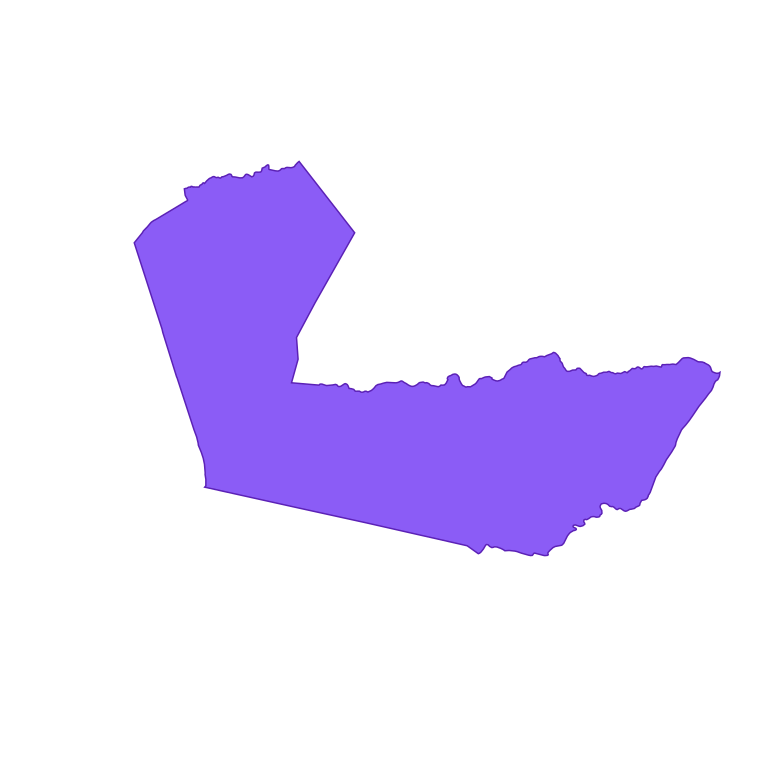 the district of Chicualacuala, Gaza, Mozambique, rotated 300°
{"feature_id": "85939544B15867606683535", "entity_name": "Chicualacuala", "entity_type": "district", "adm_level": 2, "iso_a3": "MOZ", "parent_name": "Mozambique", "parent_adm1": "Gaza", "projection": "orthographic", "projection_center": [32.034, -22.729], "detail": "fine", "context": "isolated", "style": "filled", "palette": "violet", "viewbox_px": 768, "rotation_deg": 300, "n_neighbors": 0, "source": "geoboundaries", "source_scale": "gbopen_adm2", "svg_char_len": 6144}
<svg xmlns="http://www.w3.org/2000/svg" viewBox="0 0 768 768"><g transform="rotate(300 384 384)"><path d="M534.3,199.2L532.5,198.5L528.9,197.7L527.6,197.8L526.5,197.0L525.7,196.4L524.7,195.1L523.1,191.7L522.2,190.8L520.8,190.1L519.6,188.0L519.2,187.6L517.2,187.1L515.5,185.9L514.4,183.6L512.4,177.4L512.6,176.8L514.7,175.6L515.8,174.7L515.8,174.0L515.4,173.5L513.9,172.8L512.6,172.5L510.0,170.6L507.5,171.4L506.3,171.3L505.8,171.1L505.4,170.5L504.6,169.3L503.5,167.2L502.9,166.7L502.0,166.3L500.0,166.9L498.8,166.9L497.9,166.4L497.3,165.8L497.4,161.7L497.1,160.4L496.8,159.9L496.1,159.4L493.6,159.1L491.9,158.4L490.4,156.1L488.9,151.7L487.7,149.2L487.7,148.6L488.4,147.9L489.0,146.7L488.7,145.4L487.8,144.4L485.9,143.3L483.1,141.1L482.5,140.1L480.9,139.6L480.5,139.3L480.2,138.5L480.1,136.9L479.3,136.2L478.9,135.6L478.8,135.2L478.7,133.3L478.2,132.4L477.3,131.7L476.3,131.3L475.1,130.3L474.4,129.9L471.3,128.9L468.0,128.3L468.0,127.2L467.6,126.7L465.5,126.3L464.5,125.5L463.9,125.3L462.1,125.3L459.9,121.6L459.7,120.8L459.1,120.3L459.1,118.9L458.9,118.4L458.5,118.0L457.8,118.1L457.4,117.2L456.6,116.2L454.9,115.4L454.4,114.6L453.2,113.5L448.2,117.3L447.7,117.9L445.2,121.9L445.0,122.0L444.2,121.9L442.8,121.0L412.0,103.9L410.5,102.9L407.8,101.6L406.0,101.2L401.8,100.5L396.4,99.1L394.1,99.1L381.4,97.1L320.6,164.3L317.9,166.8L286.5,200.8L285.9,201.7L249.5,242.2L244.4,248.3L240.0,252.5L238.1,253.9L233.5,259.9L229.3,264.6L224.8,268.6L217.6,273.6L216.2,274.3L212.2,277.5L206.8,280.6L205.0,280.3L234.0,372.3L255.0,438.4L285.5,536.9L284.2,550.5L285.3,551.4L286.9,552.0L290.9,552.6L295.3,552.6L296.3,553.1L296.8,554.6L296.2,556.6L296.2,559.0L296.9,560.0L298.4,561.3L299.3,563.3L300.0,567.2L300.2,570.2L300.0,572.0L302.4,575.6L304.7,580.8L305.4,583.1L306.2,587.5L308.0,594.6L308.7,596.7L309.8,598.2L312.1,598.4L312.5,598.6L312.9,599.1L315.4,608.1L315.8,609.1L317.3,611.2L318.2,611.6L319.4,610.5L320.2,610.3L322.9,610.9L326.7,612.1L328.9,613.5L333.1,618.4L333.6,618.7L335.8,619.3L344.1,618.8L347.1,619.2L348.6,619.6L352.1,621.6L352.5,622.4L354.0,623.3L354.5,623.1L354.9,622.4L354.9,621.3L354.7,619.9L354.8,619.3L355.3,618.9L356.2,618.7L357.0,619.4L357.7,620.4L358.4,624.3L358.8,625.2L360.2,626.6L360.9,627.2L363.0,628.0L363.8,627.4L364.5,626.0L365.0,625.6L365.7,625.3L366.5,625.2L367.4,625.9L367.8,627.2L368.2,627.6L369.8,628.6L372.3,629.7L373.1,630.5L374.0,631.8L374.5,633.0L374.7,634.2L375.4,635.4L376.3,636.5L377.1,637.0L378.5,636.7L379.8,637.3L381.0,637.4L383.4,635.8L384.8,633.4L385.8,632.4L386.9,632.1L388.8,632.1L390.7,634.1L391.6,636.3L391.6,638.3L391.0,640.5L391.5,642.3L392.2,643.3L392.3,644.4L391.6,647.9L392.1,649.0L393.5,649.6L394.3,650.7L394.5,651.6L394.2,655.1L394.4,656.2L394.7,657.0L395.9,658.1L398.3,659.5L399.1,660.6L401.4,663.1L403.4,663.8L406.0,665.7L407.1,666.0L408.6,665.4L412.0,665.3L414.1,667.7L415.4,668.6L416.7,669.1L419.0,668.9L419.9,668.5L420.8,668.7L423.3,668.7L439.4,665.9L445.9,666.2L449.3,666.7L453.7,666.7L459.6,666.4L468.7,667.1L475.7,667.2L476.9,667.0L479.3,666.1L483.1,665.4L492.8,664.6L494.6,664.8L499.4,665.8L504.8,666.6L511.7,667.2L522.0,667.9L532.5,669.5L537.4,670.0L542.1,670.8L545.8,670.5L548.9,669.8L551.6,669.7L552.4,669.8L554.6,670.9L556.9,670.8L558.8,670.5L562.1,669.1L560.6,668.3L559.4,666.3L559.0,664.1L558.8,662.1L559.5,660.9L561.7,658.4L562.4,657.0L562.7,655.4L562.5,651.1L563.0,651.4L562.5,650.6L562.3,649.0L561.9,648.0L560.7,645.8L560.3,644.8L560.2,640.0L559.7,636.5L559.0,634.3L556.3,630.3L555.1,629.5L549.8,628.2L546.9,627.2L545.7,624.2L543.6,621.5L542.3,619.1L541.3,617.8L540.0,615.5L539.6,615.3L538.6,615.4L537.9,615.7L537.2,615.5L535.7,610.8L534.1,608.8L533.0,606.5L530.6,603.4L529.8,602.2L529.3,600.9L528.7,600.4L527.5,600.3L526.0,599.8L525.7,598.8L526.0,597.1L525.8,595.6L525.3,594.9L523.1,594.0L522.4,593.1L521.6,591.2L518.2,590.1L516.9,589.2L516.4,589.4L515.3,588.9L515.2,586.9L515.0,586.2L511.8,584.1L511.4,583.6L510.1,580.6L508.8,579.6L508.5,579.1L508.2,578.2L508.2,576.5L507.5,575.0L507.5,572.9L507.3,572.4L505.6,571.0L504.1,568.4L501.9,566.6L500.8,565.2L500.0,564.8L498.4,564.5L496.6,563.1L495.4,561.8L494.8,560.1L494.4,557.7L493.5,556.6L493.0,555.5L493.3,554.6L493.8,554.4L494.1,553.8L493.9,551.4L495.3,546.6L495.5,545.7L494.9,544.5L494.2,543.5L492.1,543.1L490.3,540.3L487.9,538.5L486.8,536.8L486.6,536.1L486.7,535.1L487.9,532.8L488.5,531.0L489.6,529.6L491.1,527.9L492.0,525.1L493.1,524.1L493.8,523.9L495.0,521.4L495.6,520.5L496.5,517.1L496.4,515.9L496.0,514.9L494.1,514.1L490.0,510.7L487.9,509.5L487.0,507.0L486.0,505.4L485.2,504.5L483.2,503.2L482.2,501.6L478.5,497.7L477.3,497.2L475.9,497.1L474.5,496.6L473.7,495.9L472.8,494.1L472.0,493.3L471.5,493.1L469.8,493.1L469.1,492.8L467.3,490.9L465.7,489.7L464.1,488.1L462.6,487.1L461.7,486.6L459.3,485.9L455.9,484.6L449.0,485.0L448.2,484.6L446.9,483.6L445.3,482.8L443.4,480.9L442.7,479.3L442.3,476.5L442.4,474.9L443.2,474.5L443.1,471.5L440.7,468.2L439.4,467.1L437.5,465.8L436.7,464.4L436.3,464.0L435.6,463.8L431.2,463.4L429.5,462.9L424.8,460.3L423.4,457.6L422.7,457.0L422.2,456.2L422.2,454.2L422.0,452.7L423.0,450.6L424.8,447.8L425.8,446.7L427.2,445.8L427.9,444.7L428.5,442.8L428.5,441.5L428.1,440.4L426.8,438.8L424.7,437.6L423.5,436.5L421.9,435.8L420.5,436.0L419.9,436.6L419.8,437.1L419.5,437.2L415.7,437.4L413.5,436.9L412.4,435.5L411.5,433.8L409.9,433.3L408.9,432.5L408.5,431.6L407.3,427.8L406.3,425.7L406.3,424.3L406.8,422.7L406.7,421.4L406.5,420.3L405.7,419.3L405.5,418.9L405.3,417.1L405.1,416.7L403.2,414.3L402.3,413.7L400.3,413.1L397.9,411.7L396.6,410.5L395.9,409.4L395.5,408.1L395.3,405.8L395.5,403.0L395.4,400.7L395.6,398.5L395.2,397.3L392.6,395.5L391.6,394.5L390.8,393.4L386.8,385.6L384.3,382.9L382.3,381.1L380.5,379.0L378.6,377.9L374.9,377.3L372.1,376.3L369.0,374.1L368.8,372.1L368.1,371.0L366.8,370.2L366.0,369.3L365.5,368.3L365.5,366.3L363.4,362.7L364.2,360.5L363.6,358.0L362.7,356.0L364.5,353.7L365.1,352.5L365.2,351.4L364.9,350.2L364.2,349.6L360.8,347.9L360.1,347.4L359.2,346.2L359.1,345.2L359.7,343.6L359.4,342.2L357.4,339.9L354.2,335.4L353.8,334.7L352.9,330.3L352.0,328.7L350.5,328.2L338.8,303.3L362.5,297.2L380.5,285.0L419.7,283.7L500.3,283.0L534.3,199.2Z" fill="#8b5cf6" stroke="#5b21b6" stroke-width="1.5"/></g></svg>